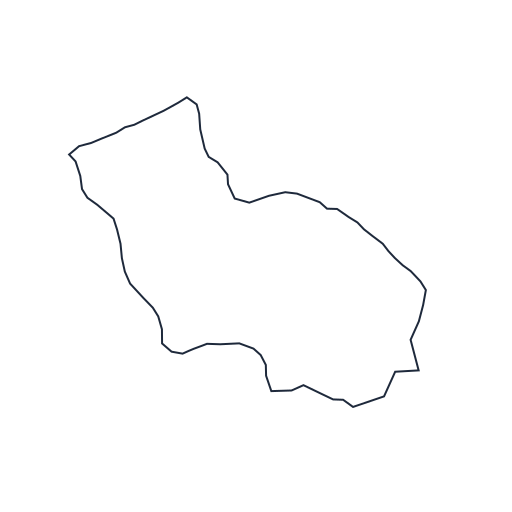 the district of Krini, Cyprus, rotated 328°
{"feature_id": "46923920B47600547023009", "entity_name": "Krini", "entity_type": "district", "adm_level": 2, "iso_a3": "CYP", "parent_name": "Cyprus", "parent_adm1": "", "projection": "albers", "projection_center": [33.246, 35.277], "detail": "fine", "context": "isolated", "style": "outline", "palette": "slate", "viewbox_px": 512, "rotation_deg": 328, "n_neighbors": 0, "source": "geoboundaries", "source_scale": "gbopen_adm2", "svg_char_len": 1112}
<svg xmlns="http://www.w3.org/2000/svg" viewBox="0 0 512 512"><g transform="rotate(328 256 256)"><path d="M333.3,439.2L342.7,409.0L359.5,397.7L371.8,386.1L382.0,374.9L382.0,364.7L379.2,350.8L375.5,341.6L372.7,331.4L370.9,322.1L370.0,312.8L365.4,300.8L361.7,290.6L359.8,281.3L355.2,272.0L349.7,259.1L341.3,253.5L338.6,244.2L323.8,224.8L314.6,217.4L298.9,211.8L278.6,207.2L268.4,196.0L270.3,180.3L274.9,171.9L273.1,156.2L268.4,146.9L269.4,137.7L275.8,119.1L283.2,105.2L286.0,96.0L281.4,84.8L271.2,84.8L254.6,83.9L231.5,81.1L222.3,80.2L213.1,77.4L202.9,77.4L187.3,74.6L176.2,72.8L164.2,69.1L151.3,70.9L153.1,80.2L149.4,95.0L143.9,107.1L143.9,117.3L148.5,128.4L155.0,148.8L152.2,159.9L147.6,173.8L141.1,186.8L136.5,199.7L134.6,212.7L138.3,232.2L141.1,245.2L141.1,255.4L137.4,268.3L130.0,280.4L133.7,292.4L142.0,299.9L148.5,300.8L154.0,301.7L163.2,303.6L167.9,304.5L178.9,311.9L195.5,321.2L204.8,333.2L207.5,342.5L206.6,353.6L201.1,362.9L197.4,378.7L214.9,388.9L227.8,390.7L238.9,408.3L245.4,418.5L253.7,424.1L258.3,435.4L290.2,442.9L312.7,427.9L333.3,439.2Z" fill="none" stroke="#1e293b" stroke-width="2"/></g></svg>